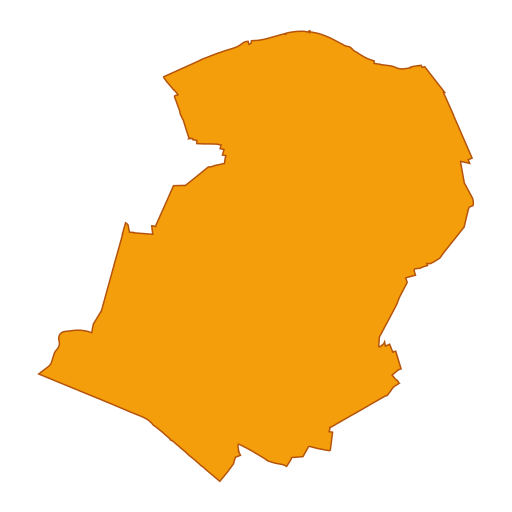 Bernheze, Noord-Brabant, Netherlands (Albers equal-area conic projection)
{"feature_id": "6326949B36275678342581", "entity_name": "Bernheze", "entity_type": "district", "adm_level": 2, "iso_a3": "NLD", "parent_name": "Netherlands", "parent_adm1": "Noord-Brabant", "projection": "albers", "projection_center": [5.507, 51.684], "detail": "fine", "context": "isolated", "style": "filled", "palette": "amber", "viewbox_px": 512, "rotation_deg": 0, "n_neighbors": 0, "source": "geoboundaries", "source_scale": "gbopen_adm2", "svg_char_len": 5747}
<svg xmlns="http://www.w3.org/2000/svg" viewBox="0 0 512 512"><path d="M122.6,234.4L117.4,253.1L114.2,264.3L114.2,264.5L112.5,270.7L108.4,285.5L101.2,311.7L100.9,311.6L96.2,319.4L96.0,319.7L93.3,324.1L93.0,326.1L92.5,328.2L92.2,330.1L91.8,332.7L88.3,331.6L87.3,331.3L85.3,330.9L83.4,330.6L81.7,330.4L80.4,330.2L78.0,330.2L75.8,330.3L74.3,330.4L64.8,331.5L64.0,331.7L63.3,331.8L62.6,332.2L62.1,332.4L61.3,333.0L60.5,333.6L60.1,334.1L59.8,334.6L59.5,335.2L59.1,336.0L58.9,336.8L58.7,338.0L58.7,338.8L58.7,339.4L58.9,340.2L59.2,341.7L59.4,343.3L59.4,344.3L59.2,345.1L59.0,345.9L58.7,346.6L58.3,347.4L57.9,348.2L55.6,351.0L55.2,351.6L54.6,352.5L54.1,353.9L51.7,361.7L51.2,363.0L51.1,363.4L50.4,364.4L49.2,365.9L38.7,374.0L54.2,380.4L112.8,404.5L121.7,408.3L130.1,411.9L141.1,416.3L143.1,417.2L147.6,419.6L150.0,421.4L150.7,422.3L151.8,423.2L152.5,424.2L153.7,425.5L155.0,426.2L156.4,427.3L162.2,432.0L164.4,434.0L169.9,438.8L170.0,439.1L170.1,439.5L170.5,439.9L170.7,440.1L171.4,440.5L172.0,440.5L174.2,442.2L176.0,443.9L181.0,448.1L180.9,448.2L181.2,448.4L183.2,450.0L185.3,451.8L189.2,455.5L193.8,459.1L202.0,466.4L203.0,466.9L205.8,469.5L206.6,470.2L219.8,481.3L227.9,471.5L233.5,463.8L234.4,460.4L235.5,457.2L239.0,455.9L240.5,455.3L239.6,453.6L238.4,451.6L238.9,451.3L238.7,451.0L238.6,450.6L237.9,445.9L238.0,445.1L238.1,444.7L238.6,444.1L240.4,444.9L246.9,448.2L253.2,451.7L263.2,457.7L265.1,458.9L267.0,460.4L268.1,461.0L273.8,462.8L275.3,463.2L281.8,464.4L283.3,464.8L283.8,465.0L285.2,465.6L286.6,466.4L287.3,465.3L290.4,460.5L290.8,459.8L291.3,458.4L291.5,457.9L291.6,457.7L292.0,457.5L302.5,456.7L302.8,456.7L303.1,456.4L306.3,450.7L308.3,447.1L308.6,446.7L308.9,446.5L309.3,446.4L309.5,446.4L318.0,448.6L329.2,450.7L330.3,450.2L332.6,432.2L329.1,431.7L329.9,428.7L329.7,428.3L329.8,427.4L330.3,427.4L334.3,425.3L335.2,424.7L352.4,414.8L352.7,414.7L366.3,406.9L372.8,403.1L384.7,396.3L384.7,396.2L385.0,396.1L386.6,395.7L387.1,395.5L387.4,395.2L388.3,394.1L389.4,392.6L390.1,391.7L392.2,388.7L393.1,387.6L393.4,387.3L394.4,386.4L399.2,383.3L399.0,383.2L398.3,381.8L397.7,381.0L397.5,380.7L397.1,380.4L397.0,380.1L396.1,379.8L395.5,379.2L394.9,378.5L392.1,375.1L397.3,370.7L398.6,369.8L399.2,369.5L400.1,369.1L401.1,368.9L395.7,351.2L394.6,351.4L392.8,352.1L389.6,344.2L386.6,345.7L386.4,345.5L385.3,346.0L384.6,341.9L384.1,343.0L383.8,343.7L383.1,344.2L381.9,345.3L382.0,345.5L379.4,346.9L379.2,346.6L378.7,346.4L379.4,337.0L389.4,318.4L391.0,315.3L396.0,305.8L396.4,305.0L397.5,302.5L397.9,301.2L399.0,298.5L399.3,297.6L404.1,288.4L407.2,282.4L405.7,277.9L410.0,276.6L410.8,276.5L413.5,275.7L415.5,275.2L414.8,273.0L414.1,270.5L414.4,269.4L414.6,268.9L419.9,268.2L420.1,268.3L422.3,267.2L425.1,266.2L427.6,265.5L426.8,263.5L430.1,263.7L433.3,262.2L437.0,259.9L439.7,258.2L444.8,251.3L464.1,227.1L468.3,209.6L469.0,207.5L469.4,207.1L471.7,206.1L472.4,205.9L472.7,205.7L473.0,205.5L473.1,205.1L473.1,204.9L473.3,204.7L473.3,202.3L472.8,199.1L472.4,197.9L464.5,183.3L464.3,183.0L464.1,182.5L464.1,181.6L463.7,179.7L463.4,178.0L460.8,163.4L460.6,162.0L460.6,161.4L465.9,162.5L466.1,162.6L469.7,163.4L468.2,159.7L472.1,158.1L453.5,115.4L453.5,115.0L443.4,92.4L444.7,92.4L429.5,72.9L424.7,66.7L422.6,67.3L422.6,67.2L422.2,67.2L421.1,65.3L420.4,65.4L418.9,65.6L418.8,65.9L417.8,65.7L413.4,66.4L411.7,66.8L410.3,67.2L410.4,67.7L407.4,68.4L405.9,68.4L404.9,68.7L403.0,68.9L401.2,68.9L398.5,68.5L398.0,68.4L394.2,66.9L392.5,66.3L390.9,65.9L388.8,65.6L380.6,64.6L380.5,64.3L378.7,64.1L375.9,63.7L374.1,63.3L374.1,60.9L373.0,60.6L371.3,60.0L367.9,58.8L366.5,58.1L364.9,57.3L363.5,56.5L359.8,54.3L357.9,53.1L357.0,52.5L354.5,51.1L353.6,50.4L353.1,50.0L352.4,49.2L351.6,48.4L351.1,47.9L350.5,47.5L349.9,47.1L349.2,46.8L348.5,46.6L346.7,46.2L345.6,45.9L344.9,45.6L337.1,41.5L332.4,39.0L329.2,37.5L325.9,36.1L322.5,34.8L320.8,34.2L319.1,33.7L317.5,33.3L313.8,32.5L310.2,31.9L310.2,31.7L309.9,31.7L309.8,30.7L308.8,31.1L309.0,32.3L308.8,32.1L308.6,32.0L306.7,31.8L304.8,31.4L303.0,31.3L301.2,31.3L299.4,31.3L295.9,31.5L292.2,32.0L290.3,32.3L287.6,32.8L285.6,33.4L285.5,34.0L285.4,34.2L285.5,34.3L285.1,34.4L284.9,34.1L284.5,33.7L273.1,36.9L266.2,38.8L264.0,39.3L260.9,39.9L257.7,40.4L255.5,40.5L253.4,40.6L252.4,40.6L251.7,40.7L251.3,41.0L251.2,41.5L251.3,42.1L251.0,43.5L248.7,44.3L248.7,44.1L248.3,42.0L248.2,41.5L248.1,41.3L247.9,41.3L247.3,41.4L246.4,41.5L245.6,41.7L244.7,42.0L243.9,42.4L243.1,42.8L242.4,43.3L240.3,44.9L238.8,45.8L237.2,46.7L235.5,47.4L233.9,48.0L227.1,50.1L225.4,50.6L220.3,52.4L218.6,52.9L211.9,55.4L206.7,57.5L202.6,59.0L200.1,60.2L200.2,60.3L163.6,76.8L164.3,78.4L165.7,80.0L165.9,80.7L173.6,89.8L173.9,89.7L178.0,94.6L177.9,94.9L177.8,95.0L175.1,95.6L174.8,95.8L174.6,96.1L174.5,96.5L174.5,96.8L176.0,100.8L176.3,101.5L177.0,103.6L179.2,109.6L179.7,110.8L180.0,112.4L180.2,113.7L180.7,115.0L181.8,117.3L182.6,119.1L182.9,119.4L183.4,120.4L183.6,121.0L184.2,123.2L186.6,130.8L186.7,131.1L188.9,137.9L189.1,138.1L189.4,138.1L188.8,138.7L192.7,138.6L192.9,139.8L196.7,140.3L196.8,143.6L203.6,143.9L207.8,143.9L208.2,143.9L216.7,144.1L221.1,145.0L220.1,148.7L224.0,149.5L222.4,155.0L225.9,155.7L225.5,157.4L225.2,158.1L224.6,162.3L224.4,163.5L223.5,163.6L220.2,164.4L216.2,165.2L213.1,166.1L211.8,166.7L211.4,166.8L211.0,166.8L210.1,166.9L209.2,166.8L208.7,166.9L208.0,167.2L207.4,167.7L189.3,182.4L185.6,185.3L185.2,185.5L184.8,185.6L184.8,185.4L173.5,185.7L169.6,194.5L168.8,196.4L156.2,224.6L155.7,225.9L155.8,226.0L155.6,226.6L154.9,226.4L152.8,225.8L151.7,225.8L151.7,226.0L151.8,226.4L152.2,230.1L152.7,233.7L152.8,234.3L133.7,232.8L133.8,232.5L129.4,232.2L128.9,228.9L128.8,229.2L128.2,225.5L127.9,224.8L127.7,224.7L126.6,223.4L125.6,222.8L122.3,234.3L122.6,234.4Z" fill="#f59e0b" stroke="#b45309" stroke-width="1.5"/></svg>